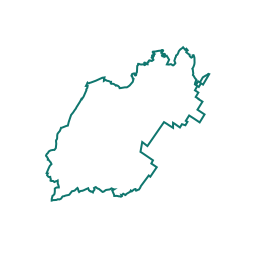 the district of Beltiug, Satu Mare, Romania, rotated 111°
{"feature_id": "2599482B21797114471165", "entity_name": "Beltiug", "entity_type": "district", "adm_level": 2, "iso_a3": "ROU", "parent_name": "Romania", "parent_adm1": "Satu Mare", "projection": "natural_earth1", "projection_center": [22.838, 47.568], "detail": "fine", "context": "isolated", "style": "outline", "palette": "teal", "viewbox_px": 256, "rotation_deg": 111, "n_neighbors": 0, "source": "geoboundaries", "source_scale": "gbopen_adm2", "svg_char_len": 5715}
<svg xmlns="http://www.w3.org/2000/svg" viewBox="0 0 256 256"><g transform="rotate(111 128 128)"><path d="M183.3,194.6L183.8,193.9L184.2,193.0L184.9,192.3L185.2,191.7L186.4,191.5L186.3,190.4L186.5,190.1L187.5,188.6L187.8,187.8L188.7,187.0L189.1,186.5L191.3,187.4L193.2,187.6L199.4,187.8L199.4,186.9L199.3,186.6L200.0,186.7L201.1,186.6L201.3,186.1L201.9,185.3L202.1,184.4L201.9,183.8L201.5,183.1L202.6,182.5L202.7,182.3L202.9,182.1L203.6,181.7L204.8,181.5L204.7,180.6L204.9,180.5L204.6,179.9L204.3,178.6L204.7,177.9L204.8,177.3L203.3,176.0L202.8,175.1L202.3,174.8L202.8,174.5L204.3,174.0L205.3,173.5L205.7,173.0L207.7,171.5L208.3,171.3L209.1,173.3L209.8,174.0L210.8,174.6L213.7,173.5L215.9,173.0L217.7,173.6L218.3,174.1L218.7,174.2L219.6,174.0L221.5,173.8L223.1,173.2L222.9,172.9L222.0,171.8L221.9,171.5L221.6,170.7L220.7,168.9L220.0,168.3L219.7,168.0L219.2,166.3L217.8,165.1L215.7,164.7L215.1,164.3L214.5,163.1L213.8,162.5L213.0,161.4L212.1,159.9L211.3,158.9L207.2,157.7L206.0,155.9L205.5,155.4L204.8,155.0L203.6,154.5L202.1,153.7L202.4,153.2L204.8,151.4L205.3,150.7L204.3,150.1L203.7,149.5L203.4,149.0L203.2,148.4L202.1,147.1L200.5,145.6L198.5,143.6L200.2,142.1L200.3,141.7L200.4,141.0L200.4,140.8L200.6,140.7L200.6,140.4L200.4,140.2L200.7,139.5L200.2,138.8L200.5,138.3L200.7,137.7L199.4,137.7L197.6,137.2L196.9,137.5L196.2,138.2L195.4,137.6L194.7,136.9L195.1,135.9L195.4,134.6L195.3,133.4L196.8,128.9L196.7,128.6L196.0,127.8L194.2,126.7L193.6,126.1L192.0,123.2L191.4,122.6L190.4,121.9L190.2,121.7L190.4,120.6L190.3,120.0L190.5,119.5L190.3,119.0L192.0,120.3L195.3,117.1L196.4,116.5L195.4,114.2L195.1,112.5L195.1,112.0L194.8,111.4L194.7,110.1L194.5,109.8L193.8,109.3L193.1,110.0L193.1,109.8L192.0,109.4L191.9,109.3L191.9,109.2L191.1,108.9L191.4,106.8L191.6,106.5L191.3,106.2L190.2,105.9L186.8,103.2L185.3,103.0L185.6,102.2L186.0,102.2L185.7,101.8L185.7,101.7L183.2,100.3L182.5,99.5L182.3,99.1L183.3,98.4L183.6,98.0L182.8,97.1L182.3,96.7L181.5,95.7L179.3,95.2L177.8,95.2L164.9,91.6L165.5,89.7L154.3,87.1L152.8,93.5L149.2,93.1L146.2,105.8L145.8,107.8L136.0,109.7L137.9,103.4L109.6,96.5L110.2,93.2L110.9,90.1L111.7,86.0L107.0,87.8L107.3,86.1L108.9,79.7L105.1,79.0L104.9,75.4L100.9,74.7L100.6,76.6L94.4,75.4L95.5,70.1L97.1,63.1L87.9,61.4L86.0,69.7L76.7,67.9L75.8,72.5L75.5,72.5L74.8,75.9L69.7,75.0L68.8,79.0L63.9,78.3L64.3,76.6L60.1,75.9L60.6,73.5L48.6,71.5L48.6,71.8L48.6,72.3L48.8,72.5L49.9,73.0L51.4,74.4L53.9,76.3L59.7,77.2L59.3,79.3L63.6,79.9L63.3,81.2L61.7,81.5L58.4,81.5L57.5,83.3L55.7,85.5L55.3,86.4L53.7,86.6L52.1,87.5L51.2,88.0L50.5,88.2L50.3,88.5L49.6,89.2L48.7,88.9L46.7,88.8L44.7,88.9L43.1,89.3L38.7,91.1L37.3,92.1L36.5,92.9L37.0,93.7L38.1,93.3L38.8,93.4L39.6,94.1L39.5,94.6L38.7,96.2L37.1,97.0L36.6,97.1L37.5,97.3L36.4,100.8L35.4,100.8L34.1,100.1L33.1,101.9L34.5,102.6L32.9,105.5L33.9,105.9L34.1,106.1L36.1,107.4L38.1,108.1L39.9,108.0L41.7,108.2L42.2,108.4L42.8,109.0L43.2,109.1L44.4,108.8L45.3,109.0L48.6,108.8L49.1,108.4L49.8,107.6L50.5,107.0L50.8,107.0L51.1,107.1L51.5,107.4L52.5,107.7L52.9,107.9L53.2,108.1L53.4,108.4L53.4,109.0L53.0,110.4L53.0,110.8L54.0,112.3L54.2,112.7L54.7,114.5L49.5,114.1L46.7,117.7L48.5,119.5L48.3,119.6L48.2,119.8L48.3,120.3L48.7,121.6L48.5,122.0L47.9,122.5L47.6,122.3L47.2,121.8L46.5,121.0L46.4,120.8L46.4,120.0L46.3,119.8L46.0,119.8L45.8,120.1L45.7,120.4L45.8,120.8L46.1,121.5L46.1,122.0L45.9,122.7L45.9,123.7L45.9,123.9L45.5,124.0L44.8,124.0L44.2,123.4L43.5,122.9L43.0,123.0L42.8,123.4L42.8,123.7L43.2,124.5L43.9,124.9L44.0,125.1L45.0,127.1L46.8,129.9L47.8,132.1L48.1,132.2L48.3,132.1L48.3,131.9L48.0,131.5L48.1,131.2L49.0,131.3L49.3,131.1L49.1,130.5L49.6,130.3L49.6,129.7L49.8,129.8L50.0,130.3L51.0,129.7L51.5,129.7L51.6,129.9L51.5,130.1L50.7,130.4L50.6,130.6L50.9,130.8L51.3,131.2L51.7,131.5L51.9,131.4L52.1,131.0L52.2,130.9L53.7,131.2L53.8,131.1L53.6,130.7L54.0,130.2L53.8,129.8L54.5,129.7L54.8,129.5L55.0,128.8L55.4,128.7L56.0,129.2L56.6,129.5L56.8,130.0L57.0,130.2L56.9,130.6L57.2,131.3L57.0,131.9L57.1,132.2L57.5,132.6L57.9,132.7L59.1,132.5L59.3,132.6L59.5,133.1L59.9,133.3L60.5,133.1L61.3,132.6L61.5,132.5L61.7,133.1L61.3,133.7L61.3,133.9L61.3,134.1L61.7,134.3L61.7,134.5L61.4,134.9L61.1,135.1L60.9,135.6L61.0,135.9L61.1,136.1L61.4,136.2L61.8,136.0L62.3,135.3L62.8,134.7L63.0,134.7L63.3,135.0L63.2,135.4L63.2,136.2L63.5,137.5L64.0,138.3L64.1,139.0L64.3,139.4L64.3,139.9L64.2,140.7L64.5,141.5L65.8,141.2L66.4,141.5L66.8,141.6L71.6,140.0L72.8,139.7L73.0,139.9L73.5,139.9L75.7,139.4L76.2,139.7L76.3,140.0L76.3,140.3L75.8,140.7L74.8,140.8L74.9,141.3L74.8,141.9L75.4,142.3L75.8,143.2L76.2,143.5L78.0,143.5L78.3,143.1L78.2,142.7L78.6,142.6L78.9,142.3L79.3,141.6L80.3,141.2L80.4,140.9L80.3,140.4L83.2,140.1L87.7,141.7L89.7,143.0L90.4,143.6L91.1,145.4L93.3,149.1L93.8,150.1L93.1,150.6L92.9,150.8L92.6,151.6L92.3,152.4L92.2,154.0L92.8,154.4L92.6,154.8L92.2,156.2L92.0,157.2L92.2,158.2L92.7,159.4L92.7,159.7L92.6,160.0L91.0,160.4L91.3,161.1L91.1,162.5L91.2,163.7L91.4,164.2L91.4,164.9L91.1,166.3L92.6,167.4L90.8,168.0L89.2,168.1L89.4,168.5L89.8,168.9L90.2,169.5L90.2,169.9L90.3,170.0L95.4,175.0L99.0,179.1L99.7,180.1L100.1,180.3L100.5,180.9L100.4,181.7L100.2,182.0L100.6,182.1L101.3,182.0L103.8,182.3L103.3,180.7L105.2,180.4L106.3,180.7L107.2,180.7L107.5,180.4L108.1,180.4L114.6,180.7L117.7,181.4L117.5,181.9L120.4,182.2L127.5,183.6L128.4,183.6L130.5,184.2L133.2,184.8L136.2,185.8L143.5,185.5L147.3,185.0L148.1,186.2L151.5,189.9L151.8,190.6L153.4,190.5L155.3,190.6L156.9,191.2L158.6,191.7L160.1,191.5L162.6,190.6L163.4,190.4L164.2,190.4L165.0,190.7L165.8,190.6L168.5,189.3L172.6,188.2L174.5,188.7L174.9,188.9L175.0,189.2L175.1,189.7L176.4,191.9L177.3,192.8L178.4,193.6L179.7,193.7L181.2,194.4L181.9,194.6L183.3,194.6Z" fill="none" stroke="#0f766e" stroke-width="2"/></g></svg>